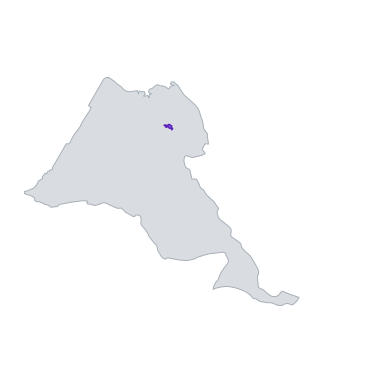 Hauts-Plateaux, Ouest, Cameroon shown in context, rotated 120°
{"feature_id": "32672807B20400591725657", "entity_name": "Hauts-Plateaux", "entity_type": "district", "adm_level": 2, "iso_a3": "CMR", "parent_name": "Cameroon", "parent_adm1": "Ouest", "projection": "robinson", "projection_center": [10.369, 5.306], "detail": "fine", "context": "in_parent", "style": "filled", "palette": "violet", "viewbox_px": 384, "rotation_deg": 120, "n_neighbors": 0, "source": "geoboundaries", "source_scale": "gbopen_adm2", "svg_char_len": 4285}
<svg xmlns="http://www.w3.org/2000/svg" viewBox="0 0 384 384"><g transform="rotate(120 192 192)"><path d="M106.4,258.9L107.1,256.9L111.9,247.6L115.0,232.7L116.4,229.2L117.8,226.9L124.8,219.0L127.5,216.4L131.3,213.6L134.0,207.7L134.9,207.1L136.1,206.6L142.1,201.7L142.7,202.7L143.1,203.8L143.5,204.4L145.5,204.8L148.2,204.7L149.8,204.4L150.6,203.4L151.4,200.7L151.9,200.2L152.5,200.0L155.5,201.9L160.4,207.3L161.6,208.3L162.1,209.3L163.2,214.2L163.8,215.5L164.8,216.0L166.7,215.6L168.7,214.8L170.4,213.5L172.1,211.9L173.3,210.4L173.8,209.3L174.0,205.3L174.4,204.5L180.7,198.7L180.6,198.1L179.5,196.5L178.6,194.7L179.6,192.8L180.5,191.4L184.2,186.6L184.4,183.1L187.3,177.6L189.0,170.3L189.1,168.9L192.9,160.9L196.9,160.2L198.4,159.1L200.2,157.1L201.4,155.3L201.9,153.5L202.3,150.1L203.0,146.3L203.4,142.9L204.6,139.8L206.7,138.2L210.2,136.9L210.7,136.2L211.2,134.2L211.7,127.3L212.3,124.2L215.5,120.7L216.9,115.3L218.2,109.7L221.8,102.9L226.1,96.0L228.1,94.2L229.8,93.4L231.7,93.3L233.0,92.8L237.7,89.4L239.6,88.2L241.0,87.1L241.4,86.0L241.5,84.5L241.0,81.0L241.8,78.5L242.3,74.5L242.5,71.3L242.3,70.3L241.4,68.5L240.0,66.5L237.7,65.3L234.5,65.0L232.8,64.3L232.2,60.8L232.0,58.5L229.8,46.6L233.8,46.6L238.7,48.1L239.9,49.1L240.6,53.2L242.3,55.5L245.4,57.4L247.3,61.3L248.1,67.2L249.8,70.8L250.2,71.4L252.7,78.1L252.8,81.1L252.6,83.2L253.6,85.8L252.1,90.2L251.7,92.9L251.6,96.7L252.5,103.4L253.9,108.6L255.5,112.8L257.2,116.0L260.0,119.6L263.0,122.9L265.7,124.9L263.2,126.1L258.2,126.3L255.4,125.6L254.0,125.6L252.7,126.0L247.4,126.6L242.0,126.3L237.1,125.5L234.1,125.6L231.8,127.6L229.9,130.6L228.1,133.0L228.8,135.6L230.1,137.1L232.6,140.3L234.9,143.4L236.1,145.4L240.7,150.0L245.1,154.0L247.2,155.5L248.0,155.8L250.4,158.1L253.8,161.9L256.8,167.9L261.1,179.9L262.1,180.9L263.5,181.5L263.7,182.8L263.6,184.7L263.2,186.2L259.7,192.5L256.8,194.9L255.9,196.4L254.8,200.0L252.0,207.1L250.9,208.1L248.2,213.0L246.0,219.1L245.4,220.0L244.5,220.7L241.4,222.2L240.3,223.0L238.7,224.9L238.5,226.1L239.3,227.9L240.2,229.2L241.8,229.3L242.7,230.6L242.7,240.0L242.0,241.4L242.0,242.0L241.6,243.7L241.5,245.5L241.8,246.2L242.4,246.8L243.3,248.1L243.8,251.0L244.8,261.2L245.3,262.8L246.2,263.9L249.0,266.1L251.9,269.0L252.8,270.9L253.4,273.9L254.5,276.4L254.5,277.2L254.0,277.5L252.2,277.7L252.8,279.5L254.3,282.5L261.7,292.0L268.9,300.4L270.6,301.0L271.8,301.2L272.3,301.7L273.0,302.9L275.4,306.0L275.8,307.7L275.3,309.4L275.8,312.0L276.3,313.0L276.1,313.8L276.4,317.1L277.0,319.9L278.1,322.2L278.0,323.9L276.6,324.9L275.8,326.4L275.6,328.6L276.0,331.2L277.0,334.3L277.1,336.2L275.3,337.4L273.4,335.2L271.3,333.8L268.2,331.3L265.0,330.4L260.9,330.2L259.1,330.5L256.1,328.5L255.1,328.2L253.7,329.1L252.8,329.1L251.6,328.8L249.3,328.8L249.1,327.4L248.7,327.1L246.1,327.2L245.3,326.0L245.0,326.1L244.0,325.8L242.0,324.1L239.9,325.2L235.4,325.0L213.0,325.0L212.5,323.4L211.4,322.6L209.4,322.5L203.5,322.8L198.9,322.6L195.9,322.0L192.1,321.6L187.4,321.9L182.6,321.9L174.0,321.4L169.3,321.5L169.4,322.5L169.1,323.2L168.8,324.9L138.4,324.9L136.0,323.7L135.2,322.9L135.0,321.5L134.4,321.4L134.9,315.4L135.9,310.4L136.3,305.8L137.7,301.6L137.0,297.5L136.1,295.7L131.5,289.9L133.6,287.7L130.9,288.0L130.3,285.9L128.9,283.3L129.7,282.9L130.5,281.4L133.0,281.9L133.0,281.2L130.8,279.0L131.0,277.9L131.9,276.7L131.5,276.2L129.9,277.4L128.8,277.4L127.9,276.6L127.3,276.4L127.7,278.1L126.8,279.6L126.0,280.1L124.6,280.0L123.4,279.6L123.1,278.8L122.0,278.2L119.0,277.1L116.4,275.8L115.9,272.3L114.9,270.7L114.5,269.0L114.2,267.0L114.6,264.0L113.9,263.5L113.2,263.4L112.1,263.5L111.1,263.3L109.8,261.7L108.8,261.0L109.4,264.1L108.7,265.0L106.8,264.7L106.0,263.5L105.9,262.7L106.7,258.9L106.4,258.9Z" fill="#d9dde1" stroke="#a8b0b8" stroke-width="1"/><path d="M148.1,249.3L148.1,248.9L148.0,248.2L148.2,247.9L148.3,247.8L148.8,247.5L148.8,246.9L148.3,246.2L147.7,245.7L147.5,245.1L147.4,244.9L147.4,244.6L147.8,244.1L148.0,243.8L148.0,243.5L148.0,243.2L147.8,242.9L147.5,242.6L147.4,242.0L147.7,241.3L148.0,240.7L147.6,240.7L147.4,240.5L147.0,240.4L146.6,241.5L145.6,242.3L145.3,242.5L144.9,242.8L144.9,244.7L145.0,245.6L145.2,246.0L145.7,246.1L146.2,246.1L146.5,246.3L146.7,246.6L146.8,246.8L146.9,247.2L147.2,248.3L147.5,248.9L147.8,249.2L148.1,249.3Z" fill="#8b5cf6" stroke="#5b21b6" stroke-width="1.5"/></g></svg>